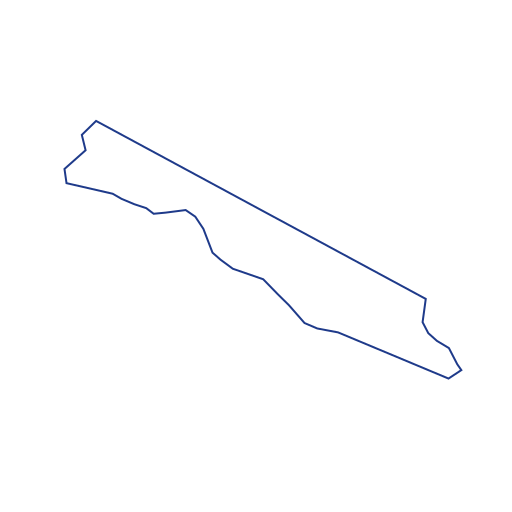 outline of Toraille, Soufrière, Saint Lucia, rotated 249°
{"feature_id": "8701671B26291709137074", "entity_name": "Toraille", "entity_type": "district", "adm_level": 2, "iso_a3": "LCA", "parent_name": "Saint Lucia", "parent_adm1": "Soufrière", "projection": "orthographic", "projection_center": [-61.033, 13.858], "detail": "fine", "context": "isolated", "style": "outline", "palette": "blue", "viewbox_px": 512, "rotation_deg": 249, "n_neighbors": 0, "source": "geoboundaries", "source_scale": "gbopen_adm2", "svg_char_len": 571}
<svg xmlns="http://www.w3.org/2000/svg" viewBox="0 0 512 512"><g transform="rotate(249 256 256)"><path d="M391.9,105.2L365.5,144.5L357.5,151.0L348.0,160.9L340.0,170.7L332.1,175.6L328.9,187.1L324.1,206.8L314.5,213.4L300.2,216.6L274.7,216.6L265.2,221.6L252.4,229.8L231.7,254.4L212.6,262.6L198.3,269.1L176.0,277.3L166.4,287.2L155.3,305.2L72.6,391.8L75.9,406.8L82.8,405.1L100.9,403.1L111.9,394.5L122.2,389.2L134.5,387.8L146.7,394.5L155.1,399.1L436.5,157.6L439.4,155.1L431.5,136.8L415.8,134.8L405.9,108.4L391.9,105.2Z" fill="none" stroke="#1e3a8a" stroke-width="2"/></g></svg>